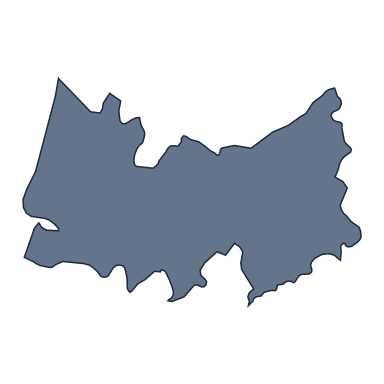 the District of Coimbra
{"feature_id": "PRT-752", "entity_name": "Coimbra", "entity_type": "District", "adm_level": 1, "iso_a3": "PRT", "parent_name": "Portugal", "parent_adm1": "", "projection": "albers", "projection_center": [-8.26, 40.222], "detail": "fine", "context": "isolated", "style": "filled", "palette": "slate", "viewbox_px": 384, "rotation_deg": 0, "n_neighbors": 0, "source": "natural_earth", "source_scale": "10m", "svg_char_len": 3087}
<svg xmlns="http://www.w3.org/2000/svg" viewBox="0 0 384 384"><path d="M24.3,257.4L34.4,228.3L38.8,222.9L42.1,227.9L46.9,230.2L58.4,230.8L58.4,228.0L53.8,223.5L49.5,220.2L44.5,218.3L31.3,216.4L26.4,213.2L23.5,207.7L23.0,199.6L26.8,189.1L35.6,171.5L55.3,96.6L58.5,78.4L59.1,79.2L90.6,111.8L100.1,113.0L102.4,109.0L103.4,102.9L109.7,93.3L120.7,101.0L118.9,110.2L119.1,113.9L120.0,120.7L122.0,123.4L124.4,124.0L126.9,122.9L131.7,119.8L136.1,117.8L139.5,117.5L141.0,125.0L144.3,131.3L144.7,134.0L144.4,136.3L142.9,141.9L142.4,143.0L141.1,144.1L140.2,144.6L138.7,146.2L137.1,148.6L134.8,154.3L134.0,158.2L133.9,161.7L134.3,164.0L136.3,166.4L153.0,168.2L155.2,166.6L157.8,164.1L159.2,160.6L165.7,152.2L167.3,149.1L169.8,146.4L171.8,145.7L178.0,146.2L181.5,141.6L181.3,138.4L183.8,135.7L187.1,137.0L189.9,139.3L198.8,141.8L205.5,146.6L210.0,150.6L214.6,152.9L216.8,155.1L218.6,155.1L219.3,154.1L220.0,152.4L220.2,150.6L220.9,149.0L222.2,147.9L234.3,145.5L251.1,148.2L272.8,132.0L288.3,125.4L300.9,116.4L306.0,113.6L312.8,102.8L322.5,95.4L325.7,91.6L328.7,89.6L334.6,88.0L337.5,96.5L339.4,98.0L341.0,100.7L341.4,103.4L340.3,106.9L338.6,109.3L336.3,110.6L333.8,111.6L331.8,113.4L331.0,115.9L333.0,119.7L335.5,121.3L340.4,122.3L342.1,124.0L341.8,127.4L344.3,141.0L346.2,143.9L350.4,147.6L351.3,149.6L350.6,152.2L344.1,156.8L341.6,159.9L339.6,163.8L338.2,169.7L335.0,177.1L342.8,181.5L347.3,188.1L341.1,202.9L340.2,205.9L341.8,210.5L343.3,213.1L346.3,215.7L351.2,221.7L359.1,227.2L360.5,231.0L360.8,233.5L361.0,235.7L360.8,237.9L359.7,239.9L357.2,242.4L351.5,246.4L348.5,246.9L346.5,246.3L345.4,244.8L344.9,243.6L343.5,243.3L342.1,244.2L340.7,246.4L341.2,252.7L340.4,260.3L334.8,255.6L332.1,254.5L329.5,253.8L326.0,253.9L321.9,254.5L315.1,258.1L311.6,261.9L310.6,265.0L311.9,270.2L311.5,272.2L308.7,274.1L303.2,274.2L300.9,274.6L298.8,276.0L295.1,281.6L293.7,282.7L292.4,282.0L290.6,281.3L288.6,281.1L286.1,281.8L284.7,282.5L283.1,284.3L278.9,284.7L277.4,285.1L277.0,287.3L276.5,289.1L275.6,290.6L270.8,290.5L264.2,292.2L261.1,296.0L257.2,296.6L255.7,297.2L253.7,298.7L253.0,301.0L248.4,305.6L249.4,301.0L249.1,300.4L248.6,298.9L247.8,297.0L249.1,293.2L250.4,291.6L253.7,289.0L241.7,269.5L240.8,263.0L242.8,252.4L241.7,250.0L239.9,247.2L238.1,245.7L234.4,243.4L225.6,255.2L216.9,251.8L204.7,262.9L200.2,269.9L200.4,272.2L200.9,275.0L201.9,276.3L205.3,279.5L206.6,281.7L205.9,284.9L204.2,286.7L201.7,287.0L197.2,284.9L194.2,285.3L184.0,296.9L172.2,301.4L169.9,301.3L167.9,300.7L169.2,299.4L171.4,298.0L173.0,295.5L173.5,292.3L172.3,287.4L169.5,280.1L165.6,272.1L163.6,270.3L161.1,269.9L160.5,271.9L154.6,271.3L145.2,279.5L137.5,284.1L132.2,290.7L130.1,292.4L128.8,291.1L127.6,289.1L127.2,286.2L127.2,280.2L126.8,276.7L124.9,268.3L123.1,266.1L121.0,265.2L119.3,265.1L117.1,265.3L115.1,266.3L113.1,267.9L108.6,275.4L107.7,276.2L106.2,277.0L103.2,277.1L101.2,276.4L100.3,275.8L97.7,271.8L92.8,267.3L89.3,265.1L83.3,263.5L77.6,263.0L62.9,261.5L55.7,264.6L52.3,267.1L49.4,267.5L40.1,265.5L36.1,263.5L33.5,261.7L26.1,258.2L24.4,257.4L24.3,257.4Z" fill="#64748b" stroke="#1e293b" stroke-width="1.5"/></svg>